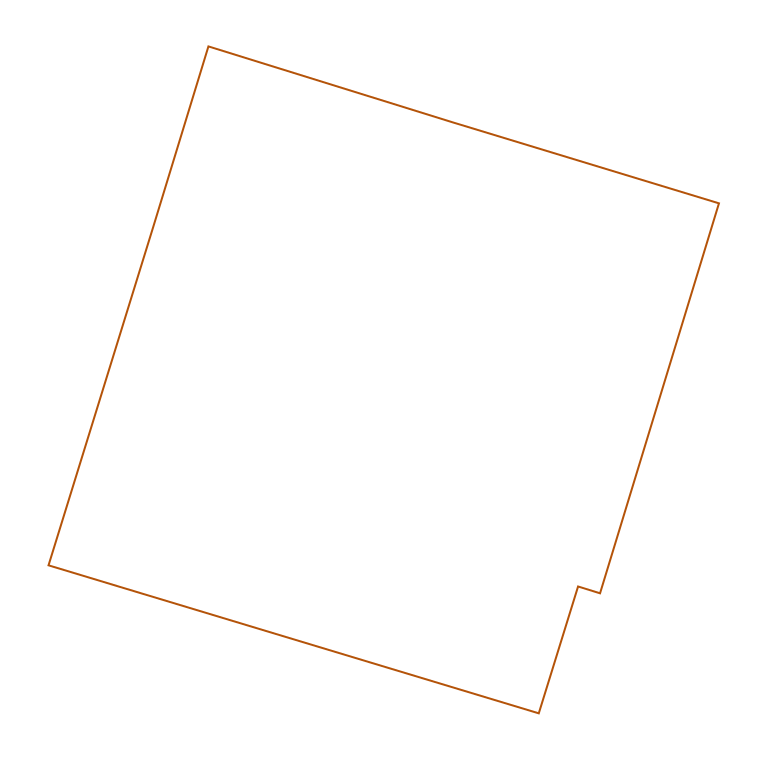 Mason, Texas, United States of America (orthographic projection), rotated 107°
{"feature_id": "52423323B11317235464600", "entity_name": "Mason", "entity_type": "district", "adm_level": 2, "iso_a3": "USA", "parent_name": "United States of America", "parent_adm1": "Texas", "projection": "orthographic", "projection_center": [-99.262, 30.72], "detail": "fine", "context": "isolated", "style": "outline", "palette": "amber", "viewbox_px": 768, "rotation_deg": 107, "n_neighbors": 0, "source": "geoboundaries", "source_scale": "gbopen_adm2", "svg_char_len": 274}
<svg xmlns="http://www.w3.org/2000/svg" viewBox="0 0 768 768"><g transform="rotate(107 384 384)"><path d="M113.7,394.9L112.5,650.6L300.9,650.6L655.5,651.8L653.7,139.7L520.9,139.2L521.0,116.2L113.3,116.5L113.7,394.9Z" fill="none" stroke="#b45309" stroke-width="2"/></g></svg>